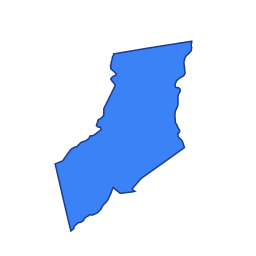 the district of São João dos Patos, Maranhão, Brazil, rotated 248°
{"feature_id": "56859067B96040325149331", "entity_name": "São João dos Patos", "entity_type": "district", "adm_level": 2, "iso_a3": "BRA", "parent_name": "Brazil", "parent_adm1": "Maranhão", "projection": "mercator", "projection_center": [-43.625, -6.566], "detail": "fine", "context": "isolated", "style": "filled", "palette": "blue", "viewbox_px": 256, "rotation_deg": 248, "n_neighbors": 0, "source": "geoboundaries", "source_scale": "gbopen_adm2", "svg_char_len": 2096}
<svg xmlns="http://www.w3.org/2000/svg" viewBox="0 0 256 256"><g transform="rotate(248 128 128)"><path d="M202.1,142.4L200.8,141.8L199.9,140.4L198.9,139.7L197.7,139.1L195.2,137.0L193.2,136.1L192.6,135.2L191.5,135.2L190.2,134.4L189.2,134.3L187.6,135.1L184.7,136.6L182.5,137.3L181.6,136.8L181.4,133.3L180.9,132.0L180.4,131.0L179.7,130.3L178.6,130.6L177.5,130.8L173.7,132.1L172.7,132.3L171.7,131.5L170.3,130.0L165.3,124.4L154.9,112.7L152.4,111.8L148.6,110.1L147.9,108.2L147.2,107.0L147.0,105.8L146.9,103.7L145.5,102.5L144.4,101.6L143.1,100.4L142.2,99.6L140.6,100.2L139.7,101.2L138.8,102.8L136.6,102.5L134.6,95.5L134.1,93.3L134.0,92.2L134.4,91.3L134.9,90.3L134.3,89.2L133.3,88.2L132.7,87.0L132.5,85.7L131.9,84.5L132.1,82.8L132.1,81.6L132.3,80.2L132.2,79.2L131.9,78.1L131.2,76.7L130.8,75.5L130.1,74.5L130.0,73.4L130.2,72.3L130.2,70.8L130.0,69.3L129.7,67.9L129.4,66.7L128.6,65.4L127.2,63.2L122.0,55.1L122.0,47.0L116.8,46.2L77.6,40.0L53.9,36.4L55.1,40.2L57.0,41.1L58.2,44.5L58.8,46.3L58.3,49.0L58.5,50.5L58.9,52.1L60.3,53.3L60.6,54.7L61.5,56.2L61.2,57.8L61.7,58.9L61.7,60.5L61.2,61.4L60.6,62.2L60.7,67.3L61.1,68.5L63.2,73.0L65.1,74.7L66.3,77.3L68.2,81.3L69.5,83.2L71.0,84.5L73.3,87.2L76.6,90.1L78.4,91.9L73.8,94.4L70.4,96.2L69.5,99.2L67.1,108.3L66.8,110.6L68.0,109.7L68.8,109.2L70.0,109.2L71.8,112.4L76.3,121.3L88.7,173.0L94.5,173.4L96.4,173.3L99.9,171.7L100.9,171.3L104.0,171.9L104.6,173.7L105.3,174.5L106.5,174.9L108.0,174.7L110.1,174.4L112.0,174.5L113.3,174.3L114.9,173.9L119.0,175.2L121.4,175.9L124.2,177.2L125.9,178.2L126.6,178.8L127.8,180.3L129.1,181.6L131.1,183.2L133.3,184.0L135.5,185.0L137.5,185.7L138.4,186.1L139.6,186.8L140.5,187.7L142.2,189.7L143.1,190.5L144.7,190.8L145.9,190.3L147.0,189.2L147.4,187.6L148.7,187.3L150.8,188.0L152.6,189.7L153.8,191.3L154.6,193.0L155.0,194.7L155.3,196.7L155.5,199.0L156.2,200.1L157.3,201.3L158.4,201.9L159.9,202.1L162.2,202.9L166.2,203.9L168.2,204.5L172.0,207.4L173.3,209.4L173.8,210.9L175.5,214.9L176.3,215.8L179.0,217.3L180.5,217.4L181.9,217.9L183.1,219.0L184.6,219.6L194.7,176.0L202.1,142.4Z" fill="#3b82f6" stroke="#1e3a8a" stroke-width="1.5"/></g></svg>